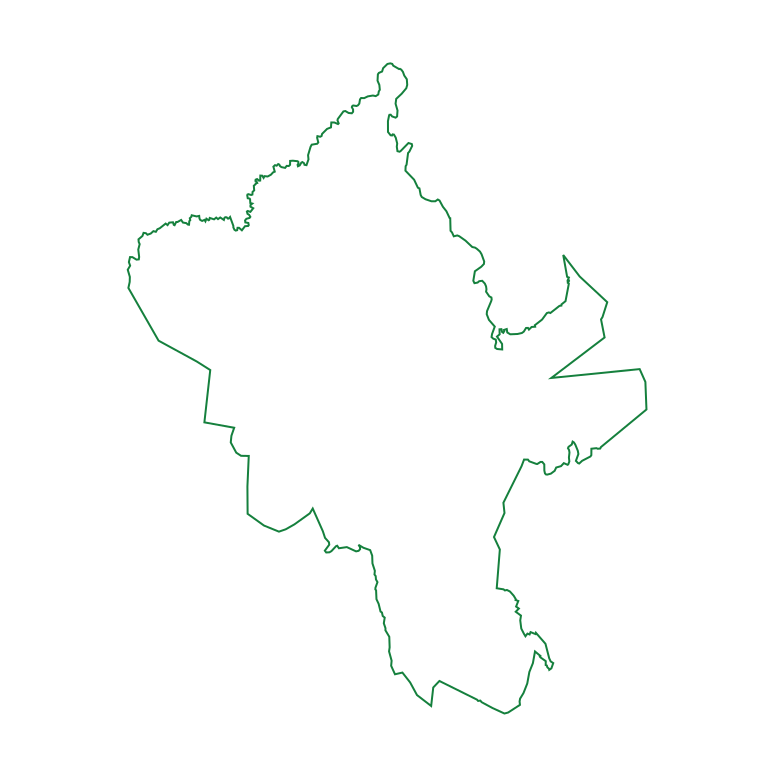 outline of Tlaquiltenango, Morelos, Mexico, rotated 184°
{"feature_id": "50627088B38776032465791", "entity_name": "Tlaquiltenango", "entity_type": "district", "adm_level": 2, "iso_a3": "MEX", "parent_name": "Mexico", "parent_adm1": "Morelos", "projection": "natural_earth1", "projection_center": [-99.069, 18.498], "detail": "fine", "context": "isolated", "style": "outline", "palette": "green", "viewbox_px": 768, "rotation_deg": 184, "n_neighbors": 0, "source": "geoboundaries", "source_scale": "gbopen_adm2", "svg_char_len": 6147}
<svg xmlns="http://www.w3.org/2000/svg" viewBox="0 0 768 768"><g transform="rotate(184 384 384)"><path d="M398.1,703.9L400.1,704.3L402.9,703.5L406.9,699.0L407.7,695.6L410.8,694.0L411.7,692.5L411.6,686.1L409.5,682.0L408.7,677.2L409.6,675.5L409.9,672.4L412.3,670.6L415.2,671.0L420.2,669.8L423.7,667.8L426.8,667.7L427.8,666.2L428.2,662.0L429.4,660.2L430.8,659.4L434.2,659.7L435.2,658.8L435.4,657.9L434.0,655.7L433.8,653.4L435.0,651.8L438.2,651.9L441.6,653.6L443.5,653.1L448.6,645.1L448.8,643.8L447.4,640.8L448.0,640.1L451.7,641.4L454.8,641.2L454.8,636.3L458.6,634.5L463.2,629.2L463.6,627.0L464.9,626.2L467.7,626.6L467.9,625.0L466.4,620.4L467.4,619.0L472.8,617.7L473.8,615.5L475.7,607.0L475.0,602.8L476.6,596.9L478.6,597.1L479.1,598.6L480.9,599.7L481.9,599.1L483.3,596.2L485.0,595.2L485.5,596.6L484.8,597.9L484.9,599.5L485.7,600.2L490.5,600.4L493.2,600.0L493.0,596.1L494.2,594.8L496.3,594.8L497.7,592.7L501.4,593.2L502.9,594.1L503.8,595.6L504.9,596.0L506.3,594.3L508.0,594.7L509.5,593.1L507.8,588.2L509.4,587.4L511.4,584.9L514.5,582.9L517.7,583.0L518.5,581.2L520.0,583.3L521.9,583.3L521.7,578.3L522.8,578.1L524.9,579.6L526.3,578.9L526.4,577.6L525.3,577.1L524.5,575.7L526.0,575.1L526.0,574.4L527.7,572.7L527.0,568.1L528.5,566.5L528.5,563.8L529.7,563.3L532.5,563.9L533.4,563.5L533.6,562.7L532.9,559.8L531.0,559.6L530.5,559.0L530.0,555.2L528.0,554.8L529.7,553.2L529.6,551.6L526.7,550.2L529.3,546.4L532.0,547.1L532.8,546.5L532.0,544.2L530.4,543.4L529.0,541.4L529.7,540.3L532.8,539.2L534.0,537.5L533.6,535.5L530.6,535.2L530.0,533.1L530.5,532.2L533.7,531.7L536.5,527.4L539.5,529.7L541.0,529.6L541.2,527.2L542.6,526.7L543.9,527.4L545.2,529.7L545.3,531.2L549.2,539.9L550.5,538.2L551.3,538.1L552.6,539.3L554.0,539.3L554.8,538.5L555.2,536.5L559.0,538.7L561.1,536.9L563.0,538.3L565.0,536.4L569.4,537.5L569.8,535.5L570.4,535.1L572.7,536.5L573.5,533.8L574.5,535.2L576.8,534.0L578.8,534.9L579.6,536.2L580.1,538.8L582.6,538.1L587.6,538.9L587.9,537.3L589.3,535.8L588.7,533.9L589.6,532.8L589.6,529.3L590.6,529.3L592.5,530.7L595.8,531.0L597.8,533.5L601.3,531.2L602.6,531.1L604.0,527.8L604.8,528.1L605.8,530.6L609.5,530.0L611.0,527.4L613.0,528.8L618.6,523.7L620.8,522.6L622.2,519.9L624.7,520.4L627.2,517.8L630.4,516.4L632.0,517.8L634.4,518.0L635.3,514.8L639.0,511.2L638.6,508.6L637.5,506.5L638.5,501.0L637.1,493.6L637.3,491.2L639.6,490.8L643.8,493.0L646.2,492.9L647.0,487.8L645.5,484.3L647.6,480.1L645.0,473.1L644.8,468.1L645.7,462.0L611.9,411.5L572.2,393.3L558.3,385.8L560.5,333.2L530.4,329.9L532.6,321.7L532.8,315.0L526.6,305.2L521.6,302.4L513.9,302.8L513.1,272.2L511.0,245.0L493.8,234.4L478.5,229.4L471.9,232.2L463.6,237.7L449.0,249.8L446.4,254.8L434.7,232.8L432.1,226.4L427.9,222.3L427.4,219.9L431.4,213.6L429.9,211.9L426.7,212.3L424.8,213.6L420.5,218.9L419.4,219.4L417.5,217.0L409.7,218.7L400.2,215.1L397.7,215.8L396.3,217.6L396.6,219.6L398.2,221.8L393.1,219.2L386.2,217.3L383.8,211.9L383.0,204.2L380.1,197.0L380.2,193.3L378.9,191.8L378.4,188.5L376.7,185.9L378.3,180.2L378.3,178.5L377.5,177.6L376.5,168.8L374.0,164.3L371.6,156.8L370.1,155.9L369.1,152.5L367.0,151.0L367.5,145.3L365.5,140.5L365.4,138.4L361.1,132.2L360.0,121.7L360.3,117.6L357.1,108.5L357.2,103.4L352.8,95.2L345.5,97.4L337.1,88.1L329.4,76.0L314.5,66.1L313.7,84.7L308.0,91.6L269.2,75.6L268.0,74.4L265.8,74.9L264.4,73.4L253.1,68.3L240.9,63.7L237.3,64.9L226.0,73.4L226.6,76.8L226.3,79.6L223.3,85.4L220.2,95.2L218.9,106.9L216.0,115.9L214.7,127.7L209.0,123.6L209.5,122.9L208.7,122.1L203.3,118.8L203.1,114.9L201.9,114.5L201.3,112.8L199.5,111.4L199.2,110.4L197.2,112.0L195.7,117.4L198.4,118.9L200.1,122.0L204.8,136.1L215.1,146.4L215.4,145.1L220.5,146.7L221.3,144.3L223.5,145.0L225.3,142.2L227.0,144.6L230.0,149.6L231.6,157.7L231.2,162.5L236.7,166.0L233.8,169.4L236.7,171.2L234.9,176.9L237.7,177.7L237.5,178.5L239.8,181.8L243.9,185.8L247.0,187.1L249.0,186.5L250.4,187.5L257.3,188.1L256.9,227.0L263.6,239.0L254.8,263.7L256.6,273.9L241.1,311.5L239.0,318.4L235.1,318.6L233.7,317.0L226.4,314.9L225.5,314.9L222.4,317.2L220.7,317.3L218.5,315.0L218.0,308.8L217.2,306.1L216.2,305.1L214.9,305.0L211.3,306.2L207.7,309.3L206.4,312.7L201.7,314.4L199.1,317.6L195.2,316.2L194.6,316.7L193.7,319.7L194.4,323.5L194.2,328.6L194.8,331.1L196.0,332.8L195.5,334.2L192.5,336.7L191.8,339.7L190.5,339.0L188.9,336.8L186.0,330.9L185.2,327.7L187.2,320.7L184.9,318.6L183.7,318.3L181.0,321.2L173.0,326.1L172.2,327.5L172.6,333.9L167.6,334.8L166.3,334.3L163.8,334.7L163.2,336.2L120.4,376.9L123.4,404.3L130.0,416.7L217.5,401.7L167.2,445.8L172.0,463.6L170.7,466.0L167.0,481.2L196.3,504.9L214.2,525.2L208.8,503.7L207.0,503.1L208.1,500.0L207.9,498.9L206.9,500.4L206.6,499.8L207.6,498.1L206.6,497.0L208.7,479.3L212.5,475.8L212.5,474.6L214.4,474.2L223.0,466.4L224.5,466.9L226.5,466.1L230.8,459.3L237.6,453.2L237.2,451.7L240.7,451.2L243.2,448.4L244.3,450.0L246.2,449.8L248.2,446.0L250.0,444.5L254.3,443.2L261.5,442.4L264.6,444.0L265.4,447.4L268.1,446.3L267.7,445.1L268.6,443.4L269.8,444.1L270.7,446.9L272.6,446.6L272.1,441.6L274.6,439.2L269.0,432.2L268.5,426.7L273.6,426.8L275.5,427.8L275.8,429.7L275.0,433.3L275.6,436.1L278.1,436.8L280.0,438.3L279.7,441.4L277.5,449.0L283.8,455.3L286.4,460.8L286.3,463.9L282.8,474.3L282.5,475.9L282.9,477.8L285.1,478.8L288.6,483.2L288.4,485.7L289.0,488.5L290.4,491.2L293.2,493.8L296.2,493.2L297.7,491.7L300.8,490.9L302.1,493.2L301.2,502.8L295.1,507.8L292.7,510.7L292.6,513.2L295.7,520.2L297.5,522.8L300.9,525.4L302.7,526.4L305.5,526.8L312.7,532.7L319.3,536.7L321.3,537.3L324.7,536.2L326.7,539.9L328.3,541.5L329.5,554.0L330.1,554.1L333.8,560.7L337.6,564.9L341.4,570.9L343.2,571.8L345.5,569.9L349.4,569.6L355.5,571.2L359.4,573.2L360.6,575.1L362.3,581.6L363.9,582.2L368.2,589.9L377.5,598.3L377.6,602.8L376.8,604.3L376.1,616.1L374.9,617.6L372.5,623.5L373.0,625.3L376.4,626.1L383.8,617.4L384.7,616.8L386.8,617.2L387.8,621.6L387.6,624.8L389.5,630.6L391.5,633.5L392.8,633.6L393.3,632.5L394.8,632.6L397.6,635.7L398.4,646.5L397.7,651.9L397.4,652.9L396.1,653.1L394.6,651.5L391.0,650.5L389.6,651.8L389.6,657.8L392.0,664.4L391.7,669.3L386.6,674.8L382.4,680.6L381.7,684.0L382.5,689.6L385.3,693.1L386.9,696.7L388.7,698.8L390.1,699.5L390.9,699.2L397.0,702.2L398.1,703.9Z" fill="none" stroke="#15803d" stroke-width="2"/></g></svg>